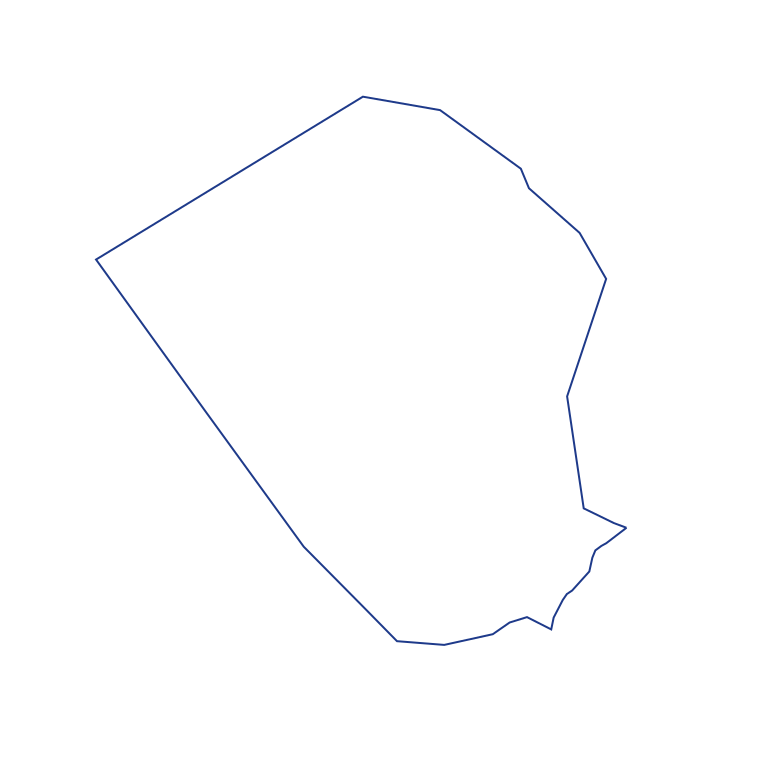 map outline of Ash Sharqiyah North (Albers equal-area conic projection), rotated 74°
{"feature_id": "OMN-5496", "entity_name": "Ash Sharqiyah North", "entity_type": "Region", "adm_level": 1, "iso_a3": "OMN", "parent_name": "Oman", "parent_adm1": "", "projection": "albers", "projection_center": [59.003, 22.366], "detail": "fine", "context": "isolated", "style": "outline", "palette": "blue", "viewbox_px": 768, "rotation_deg": 74, "n_neighbors": 0, "source": "natural_earth", "source_scale": "10m", "svg_char_len": 561}
<svg xmlns="http://www.w3.org/2000/svg" viewBox="0 0 768 768"><g transform="rotate(74 384 384)"><path d="M589.0,190.5L598.3,214.2L599.5,219.5L602.2,226.7L608.4,231.6L620.8,238.3L634.4,260.1L636.3,266.1L640.9,271.7L655.3,285.3L666.0,290.9L647.5,310.8L647.9,329.0L654.5,348.4L651.4,398.0L634.8,442.4L592.6,465.3L518.3,506.0L441.6,533.9L361.0,563.2L273.8,594.6L185.0,626.5L102.0,325.1L136.2,254.6L214.8,193.1L235.8,190.7L292.7,154.3L344.2,141.5L446.4,211.4L558.6,226.3L581.1,201.3L589.0,190.6L589.0,190.5Z" fill="none" stroke="#1e3a8a" stroke-width="2"/></g></svg>